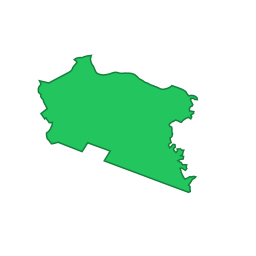 the district of Candelaria, Misiones, Argentina, rotated 59°
{"feature_id": "61730980B89234879698161", "entity_name": "Candelaria", "entity_type": "district", "adm_level": 2, "iso_a3": "ARG", "parent_name": "Argentina", "parent_adm1": "Misiones", "projection": "equal_earth", "projection_center": [-55.57, -27.449], "detail": "fine", "context": "isolated", "style": "filled", "palette": "green", "viewbox_px": 256, "rotation_deg": 59, "n_neighbors": 0, "source": "geoboundaries", "source_scale": "gbopen_adm2", "svg_char_len": 3314}
<svg xmlns="http://www.w3.org/2000/svg" viewBox="0 0 256 256"><g transform="rotate(59 128 128)"><path d="M212.1,106.2L210.1,105.0L208.2,105.6L207.2,103.1L205.2,99.2L205.3,96.9L204.8,95.1L203.4,96.4L202.6,98.6L201.5,100.5L201.6,102.6L201.1,105.2L201.0,105.6L200.5,105.7L199.0,105.7L196.1,105.6L193.4,105.2L193.2,105.2L191.3,104.5L189.4,104.2L190.0,102.5L190.9,102.1L191.7,101.7L193.8,100.7L193.2,98.5L191.3,98.2L189.9,96.6L188.7,98.1L187.7,100.1L184.8,100.3L183.2,101.4L181.8,102.1L181.8,101.4L181.8,99.7L182.3,98.4L183.0,96.7L180.9,94.9L178.9,97.0L178.7,94.8L176.9,93.1L175.7,91.6L174.7,93.4L172.8,93.9L171.3,96.7L172.3,97.1L173.1,97.4L173.8,99.5L172.5,99.8L170.8,100.2L170.7,100.2L169.0,99.4L168.9,97.5L166.5,96.3L165.2,97.7L165.7,99.4L166.2,100.8L166.4,102.5L163.5,102.1L162.7,100.6L162.8,98.5L160.1,97.9L158.3,97.2L158.0,94.9L156.0,92.8L154.1,92.5L151.5,90.8L149.7,90.1L148.1,91.3L146.2,90.9L145.7,89.1L145.4,87.8L145.6,86.0L145.7,85.7L145.7,83.1L148.0,81.2L149.5,80.4L149.7,80.2L150.6,79.3L149.8,77.1L149.6,74.3L149.6,73.7L149.9,70.7L152.5,69.5L151.3,67.6L149.4,67.6L149.2,64.4L147.9,63.1L146.5,64.7L145.2,66.4L143.3,65.6L142.3,64.2L142.0,63.9L142.0,63.6L142.2,61.5L141.4,60.4L136.8,60.1L135.0,59.1L135.1,58.9L136.2,56.8L137.7,56.1L138.0,56.0L139.4,54.0L137.6,53.3L135.7,53.9L134.1,55.1L132.8,56.6L132.3,57.8L131.6,59.5L131.4,59.5L128.6,59.8L126.7,59.7L124.0,60.9L122.3,62.0L119.8,64.0L119.2,64.4L116.6,66.6L116.3,66.8L114.2,68.6L114.4,69.1L114.6,69.9L114.6,71.2L114.6,71.3L114.5,72.4L114.4,73.0L114.3,73.9L114.1,74.6L113.5,76.6L113.0,77.7L112.4,78.8L111.4,79.9L110.3,80.6L109.2,81.3L108.4,81.9L107.6,82.4L106.6,83.3L105.7,84.0L105.1,84.3L104.6,84.7L103.6,85.7L102.2,86.7L100.0,87.9L98.2,89.3L97.5,90.0L96.8,90.3L95.7,90.7L94.3,91.4L91.5,93.1L90.0,93.5L88.8,93.6L87.8,94.0L87.2,94.2L86.4,94.5L85.6,94.8L84.9,95.5L84.2,95.9L83.6,96.4L82.8,97.2L82.1,98.2L81.3,99.2L80.6,100.5L79.8,101.6L79.1,102.9L78.4,104.3L78.0,105.2L77.3,106.1L76.7,106.9L75.9,107.7L74.6,108.9L74.5,109.1L74.0,109.8L73.4,110.8L73.0,112.2L72.5,114.1L72.3,115.5L71.9,116.8L70.7,120.0L69.9,121.7L69.3,122.5L68.9,123.2L67.7,124.4L66.6,125.4L65.3,126.3L64.1,126.5L63.2,126.7L61.8,126.5L60.3,126.3L57.3,125.9L55.9,126.0L54.6,126.1L53.3,125.9L52.0,125.6L51.1,125.3L49.7,124.8L48.8,124.1L48.1,123.3L47.1,122.4L46.9,122.1L46.7,122.7L46.5,123.2L46.3,123.6L46.2,123.7L45.7,124.9L45.3,125.7L45.0,126.6L44.4,128.8L44.2,130.4L44.1,131.0L43.3,132.2L42.9,132.8L42.0,134.9L41.5,137.2L41.8,138.9L43.6,138.0L45.5,137.9L46.2,140.0L46.9,142.1L47.8,144.2L49.1,145.9L49.9,148.3L49.8,148.9L49.8,150.3L48.6,172.7L41.9,179.6L44.0,179.7L45.0,180.0L45.9,180.3L46.5,182.5L47.7,184.3L49.4,185.4L51.3,186.3L53.1,185.9L54.5,185.4L56.1,186.6L58.0,186.6L59.9,186.1L62.0,186.8L69.8,187.3L70.8,195.2L77.4,194.7L77.2,193.2L82.8,192.8L83.7,191.6L84.2,190.0L86.5,191.6L87.6,193.4L89.0,195.1L90.1,198.1L90.3,200.4L92.5,201.7L95.4,202.7L97.3,202.3L99.2,202.0L101.1,201.8L102.1,201.8L102.7,200.4L103.0,199.6L103.1,199.4L103.6,197.5L104.2,195.3L121.8,181.7L122.1,181.5L124.6,179.5L120.7,171.7L119.9,170.2L136.2,157.0L137.1,156.3L138.6,155.1L143.9,165.3L154.5,156.9L177.7,138.4L178.1,138.1L186.7,131.3L211.5,111.5L212.0,111.1L212.5,110.7L212.9,110.4L213.6,109.8L214.4,109.2L214.4,108.2L214.5,107.3L213.2,106.7L212.1,106.2Z" fill="#22c55e" stroke="#15803d" stroke-width="1.5"/></g></svg>